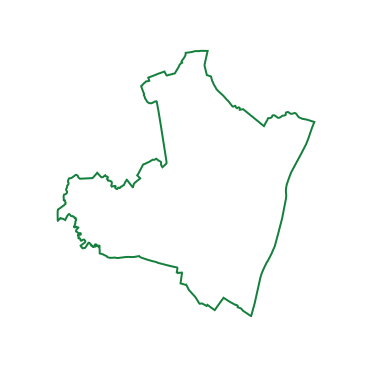 Binh Thuy, Hau Giang, Vietnam (Mercator projection), rotated 74°
{"feature_id": "81297802B33814118608654", "entity_name": "Binh Thuy", "entity_type": "district", "adm_level": 2, "iso_a3": "VNM", "parent_name": "Vietnam", "parent_adm1": "Hau Giang", "projection": "mercator", "projection_center": [105.717, 10.061], "detail": "fine", "context": "isolated", "style": "outline", "palette": "green", "viewbox_px": 384, "rotation_deg": 74, "n_neighbors": 0, "source": "geoboundaries", "source_scale": "gbopen_adm2", "svg_char_len": 5984}
<svg xmlns="http://www.w3.org/2000/svg" viewBox="0 0 384 384"><g transform="rotate(74 192 192)"><path d="M158.4,55.1L154.1,61.6L152.1,65.7L149.7,68.6L148.9,69.1L146.0,70.1L144.8,70.8L144.3,71.6L144.4,73.7L144.2,75.0L143.7,75.9L141.6,77.6L141.4,78.9L141.5,79.6L142.0,80.1L143.5,80.6L143.9,81.2L143.9,82.3L143.6,83.8L143.8,84.6L144.4,86.1L144.7,87.9L144.3,89.0L141.1,91.5L140.6,92.7L140.6,93.4L141.0,93.9L142.1,94.8L142.4,95.8L142.4,97.0L142.0,98.5L143.7,99.9L145.5,101.8L148.5,104.7L126.5,120.0L126.1,123.4L124.5,123.0L123.9,123.2L123.5,123.8L123.5,124.3L123.9,125.6L123.6,125.9L123.2,126.2L122.5,126.4L121.2,126.6L121.0,126.8L121.3,128.8L121.1,129.3L120.7,129.6L115.7,131.6L114.1,132.3L113.1,133.0L108.0,135.4L102.0,139.1L100.0,140.1L96.8,140.8L94.9,141.4L91.5,141.7L91.0,142.0L86.3,141.9L86.0,142.1L83.7,145.5L75.7,145.2L74.0,145.1L72.6,144.6L60.7,138.1L58.9,144.0L58.6,145.3L58.5,146.5L57.7,149.1L57.4,150.8L57.4,153.5L56.5,159.7L57.4,160.0L59.0,160.8L60.6,162.4L63.5,166.0L63.9,166.2L64.7,165.7L65.0,165.7L65.5,167.6L66.4,169.0L67.5,169.7L71.3,173.8L73.1,175.6L73.3,176.0L73.1,178.1L73.3,178.5L73.1,179.3L73.2,180.3L73.0,181.8L73.2,183.4L73.1,183.9L72.9,184.3L72.1,184.5L68.6,185.3L69.1,193.0L69.3,194.1L70.0,202.5L73.3,202.4L73.4,203.4L73.0,205.6L73.2,206.1L73.7,206.8L74.0,207.5L74.2,208.2L75.7,210.6L76.2,211.7L82.4,211.3L84.3,211.0L84.7,211.0L85.4,211.6L85.8,211.6L86.4,211.4L87.8,211.2L89.0,211.3L93.1,210.1L94.8,208.7L95.5,206.6L95.4,205.5L94.9,203.2L94.9,202.1L95.0,201.2L95.3,201.0L103.8,201.8L119.3,203.6L153.9,207.9L156.0,208.2L157.4,208.6L158.0,209.5L160.0,213.6L158.7,214.0L157.7,214.2L157.1,214.2L155.5,213.7L154.8,213.6L154.2,213.8L152.6,215.4L150.1,217.3L150.5,218.4L150.6,218.9L150.6,219.6L150.1,220.8L150.5,222.2L151.3,225.3L151.6,227.8L151.9,228.5L152.1,231.4L157.9,236.9L158.7,237.7L159.7,238.6L160.7,239.9L160.9,240.1L161.3,239.9L164.4,238.1L164.6,238.0L164.8,238.3L166.5,242.5L167.7,245.1L168.1,245.6L168.7,245.9L169.9,246.8L171.0,247.3L171.1,247.5L170.2,248.1L169.9,248.1L169.0,248.6L162.3,251.2L162.2,251.4L163.1,252.1L163.8,253.2L166.6,255.6L166.7,255.8L166.7,256.7L167.4,258.1L167.3,258.9L168.1,259.9L168.2,260.3L168.2,260.6L167.7,261.0L167.5,261.7L168.4,262.9L168.5,263.2L168.4,263.5L167.9,264.0L167.2,264.5L166.7,264.7L166.2,264.5L165.7,263.9L165.3,263.9L165.0,264.1L164.8,264.8L164.8,266.8L164.4,267.4L164.5,267.7L163.7,267.9L162.0,266.8L160.1,266.4L159.8,266.6L159.4,266.9L158.2,268.6L157.9,269.6L157.6,269.7L156.6,269.6L156.1,270.1L154.9,268.9L154.6,268.8L153.6,269.5L153.4,270.2L153.1,270.5L152.0,270.8L153.1,273.3L153.1,274.4L152.9,274.9L152.5,275.3L147.4,277.8L149.3,280.6L151.2,283.8L148.5,295.5L148.2,296.2L146.9,297.1L145.1,297.4L144.6,297.6L144.1,297.9L143.6,298.5L143.6,298.8L143.6,299.3L145.2,303.7L145.3,304.5L145.0,306.4L145.3,306.8L147.4,308.2L147.9,308.4L148.4,308.4L149.2,308.2L150.1,308.4L150.9,309.1L151.2,309.9L151.6,310.2L153.4,311.1L154.2,311.9L154.5,312.2L155.0,312.3L155.6,312.4L157.1,312.0L158.2,312.3L159.0,313.4L159.2,314.2L159.3,314.7L159.2,315.6L159.4,315.9L160.9,316.7L161.2,316.8L162.3,316.9L164.2,317.5L164.7,317.5L164.8,317.4L165.0,316.5L165.3,316.5L166.0,316.6L167.2,316.4L167.7,316.7L168.5,316.8L168.8,317.7L169.1,318.1L169.7,319.0L169.7,319.6L170.9,322.6L171.9,325.7L173.7,326.5L176.0,327.2L182.3,328.9L182.6,328.8L180.8,325.7L180.9,325.4L181.5,325.2L181.7,324.2L182.6,323.0L184.0,321.6L180.7,318.6L180.2,318.0L179.3,316.5L179.6,315.9L180.0,315.6L180.6,315.4L181.3,315.2L181.8,314.8L182.1,314.3L182.3,313.3L182.6,313.0L182.9,313.0L183.3,312.4L183.7,312.2L184.6,312.0L184.6,311.3L184.8,311.1L185.6,311.3L185.9,311.3L186.3,310.9L186.6,310.9L187.0,311.1L188.4,312.3L190.1,312.8L190.5,313.3L191.7,313.9L192.6,314.9L193.0,315.1L193.3,315.0L193.6,314.6L193.7,314.0L193.5,312.9L193.5,312.7L194.4,311.9L194.7,311.2L195.0,311.1L196.1,313.1L197.3,314.2L197.7,314.3L198.1,314.2L199.0,313.3L200.0,312.6L200.6,311.6L200.9,310.5L201.6,310.4L202.3,310.8L202.3,311.1L202.2,311.5L201.7,312.8L201.7,313.3L202.1,313.6L202.5,313.7L203.3,313.3L203.8,313.2L204.2,313.4L204.9,313.9L205.2,313.8L205.4,313.6L205.6,312.7L205.9,312.5L207.2,312.3L207.9,312.4L208.3,312.1L208.3,311.3L207.8,310.1L207.8,309.5L208.1,308.8L208.4,308.6L209.6,308.1L210.6,308.4L211.0,308.9L212.9,313.9L213.7,313.8L214.1,313.6L214.7,313.1L215.8,312.9L216.0,312.7L216.1,311.1L216.3,310.3L214.7,308.2L213.9,307.5L213.8,307.0L213.6,306.8L213.0,306.6L212.3,305.4L212.3,305.1L212.5,304.7L212.9,304.5L213.7,304.3L214.2,304.0L214.9,303.3L215.1,303.3L215.6,303.7L215.8,303.6L216.5,303.0L216.6,302.3L216.7,302.2L217.2,302.5L217.5,302.4L217.7,302.1L217.8,301.7L217.4,301.0L217.5,300.7L217.8,300.2L217.8,299.9L217.6,299.6L217.4,299.4L216.7,299.3L216.4,299.4L216.3,299.5L216.2,299.9L216.1,300.0L215.8,299.9L215.7,299.1L215.8,298.8L216.0,298.6L216.8,298.6L217.1,297.9L217.7,298.1L217.9,298.1L218.0,297.9L217.9,297.4L218.0,297.2L218.6,297.0L218.0,296.0L218.2,295.8L218.4,295.7L219.9,296.3L223.5,297.0L225.2,297.6L225.7,297.6L225.9,297.3L226.8,295.5L229.0,293.1L230.0,291.8L230.8,291.6L231.2,291.3L232.4,289.6L232.9,288.2L233.3,286.6L233.8,284.1L234.7,282.5L235.0,281.6L236.2,273.9L236.7,271.6L238.0,267.6L238.5,265.7L238.9,261.4L239.1,260.4L240.2,259.9L241.4,258.4L244.8,253.5L247.7,248.8L249.4,245.8L250.9,244.0L257.1,233.4L260.5,227.1L261.1,227.0L261.7,227.2L265.1,228.8L265.6,227.7L266.0,227.8L266.6,224.0L267.1,223.9L269.2,224.9L276.7,228.2L279.5,223.7L279.5,223.1L284.7,222.1L285.7,221.8L294.0,217.7L301.2,215.7L301.6,215.3L301.8,213.2L305.6,209.3L304.7,208.3L309.4,204.7L311.8,202.7L305.3,194.6L302.4,190.8L307.5,186.4L312.5,181.4L312.5,180.8L313.8,179.5L314.1,179.4L314.5,179.5L315.2,179.9L315.4,179.8L317.5,176.9L319.4,176.1L320.6,175.4L327.1,169.9L327.5,169.3L316.2,162.4L293.2,149.9L289.4,147.4L285.7,144.4L280.3,139.6L279.2,138.2L273.5,132.8L266.8,127.3L255.7,120.6L242.3,112.7L224.1,103.4L221.5,102.4L217.3,101.6L214.7,100.7L211.5,99.2L206.8,96.0L200.7,91.5L185.3,76.5L177.7,69.3L173.2,65.8L163.7,59.2L158.4,55.1Z" fill="none" stroke="#15803d" stroke-width="2"/></g></svg>